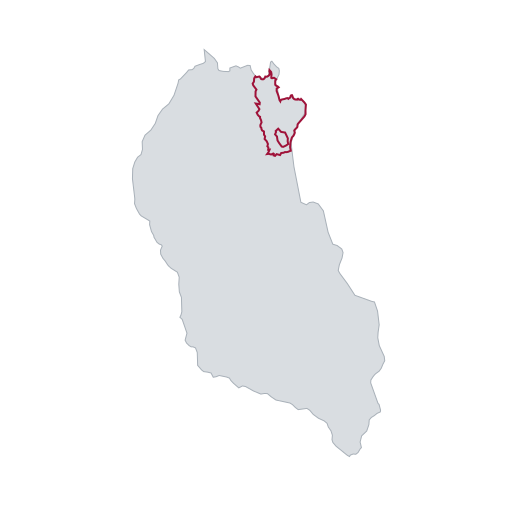 Hungary, with Gyor-Moson-Sopron highlighted, rotated 82°
{"feature_id": "HUN-3156", "entity_name": "Gyor-Moson-Sopron", "entity_type": "County", "adm_level": 1, "iso_a3": "HUN", "parent_name": "Hungary", "parent_adm1": "", "projection": "equal_earth", "projection_center": [17.255, 47.709], "detail": "medium", "context": "in_parent", "style": "outline", "palette": "rose", "viewbox_px": 512, "rotation_deg": 82, "n_neighbors": 0, "source": "natural_earth", "source_scale": "10m", "svg_char_len": 4508}
<svg xmlns="http://www.w3.org/2000/svg" viewBox="0 0 512 512"><g transform="rotate(82 256 256)"><path d="M420.1,154.8L426.0,154.1L426.3,154.2L427.7,154.6L428.8,158.3L429.0,158.5L430.5,161.0L431.9,164.2L434.1,166.7L438.7,167.7L444.7,170.7L448.8,176.4L454.7,178.8L455.1,178.8L456.3,178.6L460.5,178.3L461.3,179.5L464.8,182.3L466.2,184.7L465.6,187.3L466.3,190.3L467.6,191.3L466.1,193.3L455.5,203.2L451.4,205.8L448.5,206.3L444.1,205.3L439.5,206.1L435.4,208.2L431.6,208.9L428.8,211.4L425.3,216.8L420.8,221.4L416.3,224.2L414.0,226.8L414.0,235.6L411.5,238.1L408.1,240.7L406.3,242.9L401.4,256.3L397.5,260.6L393.8,263.9L393.3,267.0L393.4,270.4L389.3,277.3L383.8,284.5L382.8,287.5L384.2,291.4L378.9,296.0L375.8,298.2L373.2,299.3L371.7,302.1L369.2,309.1L370.0,312.3L370.1,315.2L365.6,316.8L364.3,320.0L363.2,323.9L361.3,325.7L356.2,329.0L343.4,327.6L338.6,328.7L337.2,331.0L336.9,332.9L335.4,334.7L332.5,336.9L329.5,337.9L322.8,335.1L308.5,337.9L306.1,339.9L304.0,338.5L300.9,337.2L286.6,335.6L280.9,336.9L273.3,336.4L266.3,335.0L261.1,336.1L256.5,341.6L254.3,343.5L252.5,344.7L248.6,346.5L245.3,348.5L240.9,350.1L237.0,349.8L233.2,347.5L231.9,348.0L230.7,350.2L228.7,352.1L223.2,354.4L221.8,354.4L221.5,354.4L217.2,356.1L210.2,357.0L206.6,356.3L200.3,364.1L198.3,365.5L192.3,367.8L187.3,369.0L183.0,368.1L181.3,368.0L162.3,367.6L152.3,365.9L146.0,362.9L141.7,359.5L139.6,355.8L134.7,353.6L126.9,352.8L120.9,349.1L116.6,342.5L110.7,337.3L103.3,333.5L97.5,328.1L93.2,321.1L85.4,314.8L74.2,309.2L70.8,308.0L70.2,306.2L64.7,299.3L62.4,296.8L62.6,293.3L61.5,291.4L59.6,290.0L58.5,285.1L57.9,281.4L56.4,279.0L44.4,278.6L54.5,269.8L59.4,267.3L65.2,267.7L67.1,266.9L67.6,265.7L68.6,262.8L69.1,260.1L69.6,257.6L69.0,256.1L66.2,255.7L64.9,249.4L66.3,247.1L67.8,245.4L66.0,237.8L66.6,235.3L71.1,234.9L74.8,233.2L77.9,231.4L78.7,229.1L81.2,224.3L78.9,218.4L66.0,214.6L65.3,213.2L68.4,211.5L71.6,209.2L73.4,207.3L75.9,207.1L79.5,208.0L85.7,212.2L88.1,212.8L90.4,211.6L92.9,211.3L99.8,211.5L105.6,210.5L104.3,206.0L104.3,202.7L103.4,200.1L104.0,197.3L106.3,195.0L107.0,190.0L110.7,186.6L112.4,186.1L118.8,186.8L120.3,187.6L121.3,187.8L131.4,196.1L141.1,202.3L149.0,205.5L160.6,205.8L172.9,206.0L193.6,204.9L209.0,204.1L210.0,202.6L212.3,198.9L210.5,195.7L210.5,191.9L213.1,187.1L220.7,183.0L242.5,181.3L255.0,178.3L256.9,174.2L261.0,170.1L264.7,169.3L270.0,171.1L276.3,174.7L281.8,176.6L285.0,175.4L296.0,169.4L308.7,163.5L317.1,147.6L318.0,145.1L327.5,143.3L341.3,143.6L348.5,145.7L353.9,146.8L361.9,146.4L373.3,143.0L377.6,143.1L381.0,145.5L384.6,147.6L387.2,150.1L389.1,153.7L390.1,155.1L391.8,156.9L394.8,159.5L397.6,160.1L418.9,155.7L420.1,154.8Z" fill="#d9dde1" stroke="#a8b0b8" stroke-width="1"/><path d="M95.4,212.6L100.3,211.5L104.9,211.0L106.2,210.4L105.5,210.1L104.9,209.4L104.6,208.6L104.5,206.0L104.1,204.4L104.0,203.0L104.9,202.1L104.5,201.6L103.9,200.1L102.1,199.3L101.8,198.9L101.7,198.0L102.5,197.7L104.7,197.3L105.7,196.6L106.3,195.8L106.7,194.7L106.9,193.3L106.2,192.9L106.1,192.5L107.0,191.8L107.2,191.1L107.5,190.6L107.5,190.1L106.8,189.5L110.7,186.7L113.0,185.5L118.5,186.7L122.5,187.2L124.5,188.6L130.9,196.0L131.5,196.5L133.7,197.0L134.3,197.3L136.4,200.1L137.2,200.7L139.2,200.4L140.1,200.8L141.4,201.6L142.5,202.5L143.0,203.3L143.7,204.0L147.8,205.9L153.0,207.1L156.6,206.9L156.8,208.0L157.3,209.7L157.4,211.4L157.1,212.9L157.6,214.3L157.5,216.7L159.4,218.1L158.0,221.4L159.5,223.2L158.8,224.6L157.4,224.1L156.9,224.6L157.6,226.9L156.6,229.2L156.6,230.8L154.7,229.0L152.5,227.7L152.4,229.2L151.3,228.8L150.1,228.7L149.0,229.5L146.8,228.6L143.9,229.4L141.3,231.2L138.8,230.3L137.0,231.2L133.8,230.8L132.5,232.5L131.1,232.9L129.7,232.9L128.8,233.6L127.7,233.6L126.6,233.3L124.5,231.9L122.2,232.1L119.9,232.8L118.7,232.6L118.2,233.4L116.5,234.6L114.1,235.4L112.6,233.3L111.0,232.2L105.0,235.0L105.6,232.9L106.2,231.3L104.6,230.9L97.9,234.3L92.9,233.5L91.3,232.4L86.6,235.0L84.8,235.3L83.1,233.8L79.9,233.1L79.0,232.5L78.1,231.6L79.0,231.0L78.7,227.7L79.4,227.1L81.3,226.4L81.9,225.4L82.0,224.1L81.5,223.1L80.7,222.4L79.6,221.8L80.0,220.3L79.4,218.7L78.4,217.4L77.0,216.8L74.9,217.1L73.8,216.8L75.9,215.4L78.2,215.3L81.7,216.1L82.2,215.4L82.0,213.4L83.8,211.4L84.6,212.3L85.3,212.6L88.8,213.1L89.4,213.0L90.1,212.4L91.3,210.7L92.1,210.1L93.0,212.2L95.4,212.6ZM146.8,208.7L143.9,208.1L137.8,210.0L136.6,213.9L133.0,216.3L135.0,219.1L136.0,218.9L138.2,220.2L140.6,218.6L144.6,218.6L147.3,217.4L151.2,215.3L151.7,213.9L150.9,211.2L149.6,208.5L146.8,208.7Z" fill="none" stroke="#9f1239" stroke-width="2"/></g></svg>